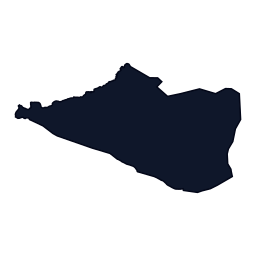 outline of Rashaant, Hövsgöl, Mongolia
{"feature_id": "93677404B8615424997314", "entity_name": "Rashaant", "entity_type": "district", "adm_level": 2, "iso_a3": "MNG", "parent_name": "Mongolia", "parent_adm1": "Hövsgöl", "projection": "robinson", "projection_center": [100.984, 49.181], "detail": "fine", "context": "isolated", "style": "filled", "palette": "ink", "viewbox_px": 256, "rotation_deg": 0, "n_neighbors": 0, "source": "geoboundaries", "source_scale": "gbopen_adm2", "svg_char_len": 5158}
<svg xmlns="http://www.w3.org/2000/svg" viewBox="0 0 256 256"><path d="M240.6,119.5L239.3,93.7L231.4,88.8L225.5,88.6L215.6,93.7L199.5,88.9L180.5,93.7L167.6,96.4L156.8,86.9L161.8,81.7L157.7,77.9L149.6,77.8L149.5,77.7L130.4,66.6L129.0,64.3L128.4,64.0L128.2,64.0L128.1,63.8L127.8,63.7L127.3,63.7L127.0,63.6L126.5,63.7L126.2,63.9L126.0,64.1L125.4,64.5L124.9,65.0L124.7,65.3L124.5,66.2L124.5,66.3L124.5,66.6L124.5,67.0L124.4,67.2L124.4,67.3L124.0,67.6L123.6,67.6L123.8,67.4L124.1,67.3L124.2,67.2L124.3,67.0L124.3,66.8L124.2,66.8L123.8,67.1L123.7,67.1L123.0,67.0L122.8,66.8L122.5,66.6L122.2,66.6L121.9,66.6L121.6,66.8L121.0,67.7L120.3,68.6L120.2,68.9L120.3,69.0L120.5,69.2L120.8,69.4L121.0,69.7L121.1,69.8L121.0,70.1L120.8,70.2L120.7,70.3L120.3,70.9L120.0,71.0L119.0,71.4L118.7,71.7L118.5,71.9L118.0,72.2L118.0,72.4L118.0,72.6L117.9,72.8L117.7,72.9L117.8,73.1L117.7,73.4L117.5,73.6L117.1,73.8L116.9,73.9L116.6,74.3L116.4,74.3L116.2,74.5L116.3,74.9L116.8,75.0L117.1,75.1L117.2,75.4L117.2,75.8L116.9,76.0L116.4,76.2L116.3,76.4L116.2,76.7L116.1,76.8L116.4,76.9L116.5,77.1L116.6,77.4L116.7,77.7L116.6,77.9L116.2,78.2L115.8,78.3L115.6,78.5L115.4,78.8L115.4,79.2L115.4,79.4L115.3,79.7L114.9,80.0L114.5,80.2L114.2,80.3L113.9,80.4L113.5,80.3L113.4,80.3L113.3,80.6L113.1,80.8L112.8,81.0L112.2,80.9L112.0,81.0L111.1,81.4L110.2,81.7L109.4,81.7L109.2,81.7L109.0,81.9L108.6,82.3L108.3,82.8L107.9,83.2L107.7,83.5L106.4,83.9L106.3,84.0L106.2,84.4L106.0,84.6L105.9,84.9L105.0,85.3L104.6,85.5L104.0,85.5L103.5,85.6L103.3,85.8L103.1,86.2L102.8,86.5L102.5,87.1L102.1,87.2L101.8,87.2L101.6,87.1L101.3,87.2L100.4,86.8L99.8,86.8L99.6,86.9L99.2,87.1L98.9,87.5L98.5,87.6L98.2,87.8L97.8,88.0L97.4,88.3L97.1,88.4L96.3,88.5L95.8,88.7L95.0,88.9L94.5,89.2L94.2,89.3L94.1,89.5L94.1,89.9L94.1,90.3L94.0,90.7L94.0,91.0L94.1,91.5L93.8,91.8L92.6,91.8L92.1,92.0L91.7,92.4L91.4,92.5L90.9,92.6L90.7,92.6L90.7,92.4L90.9,92.4L91.1,92.3L91.5,92.2L91.8,92.0L91.8,91.8L91.7,91.7L90.9,92.0L90.6,91.9L90.3,91.8L89.9,91.9L89.5,92.0L89.1,92.0L88.9,91.8L88.7,91.8L87.1,91.9L86.5,91.9L86.3,92.0L86.1,92.2L85.9,92.6L85.8,92.9L85.7,93.4L85.6,93.7L85.6,94.3L85.5,94.5L85.0,94.7L84.5,94.9L84.1,95.2L83.6,95.6L83.3,96.0L83.0,96.5L82.7,96.9L82.4,97.0L81.8,97.1L81.4,97.0L81.2,96.9L80.9,96.9L80.7,96.9L80.2,97.2L79.7,97.4L79.3,97.5L78.6,97.4L77.8,97.3L77.2,97.3L76.7,97.3L75.1,97.3L74.5,97.2L74.0,97.0L73.8,97.0L73.7,97.1L73.6,97.5L73.4,97.7L73.1,97.8L72.8,98.0L72.6,98.1L72.0,98.1L71.8,98.0L71.4,98.0L70.2,98.2L69.7,98.4L69.3,98.7L69.0,98.8L68.5,98.8L68.2,98.7L67.9,98.8L67.6,99.1L67.2,99.4L67.0,99.5L66.6,99.5L66.3,99.7L65.9,99.8L65.3,99.8L64.9,100.0L64.2,100.4L63.0,100.6L62.8,100.7L62.6,100.8L62.3,101.1L61.9,101.3L61.3,101.5L60.2,101.8L59.6,101.8L58.9,101.6L58.4,101.3L57.0,101.1L56.6,101.0L56.0,101.0L54.6,101.5L54.4,101.6L53.8,102.0L52.9,102.8L52.7,103.0L52.5,103.3L52.4,103.6L52.4,103.9L52.5,104.3L52.5,104.6L52.3,105.0L52.1,105.2L51.8,105.5L51.1,105.8L50.8,105.9L50.4,106.0L50.1,106.1L49.4,106.2L49.1,106.4L48.8,106.6L48.3,107.0L47.5,107.4L47.3,107.4L46.9,107.5L46.3,107.5L46.1,107.5L45.9,107.6L45.6,107.6L45.5,107.4L45.4,107.4L45.1,107.4L44.6,107.5L44.2,107.6L43.7,107.9L43.4,108.0L43.0,108.0L42.7,108.0L42.3,107.9L42.0,107.7L41.4,107.3L41.1,106.9L40.8,106.4L40.8,106.1L40.7,105.2L40.4,104.7L40.2,104.0L40.0,103.7L39.8,103.4L39.4,103.1L39.1,102.8L38.5,102.5L38.1,102.4L37.9,102.4L37.3,102.4L34.9,102.3L34.6,102.3L34.4,102.3L34.2,102.4L33.9,102.5L33.5,102.4L32.6,102.4L32.2,102.4L31.9,102.3L31.5,102.3L31.1,102.3L30.9,102.4L30.7,102.5L30.6,102.8L30.7,103.5L30.7,104.6L30.8,104.7L30.9,105.0L30.9,105.5L30.8,106.0L31.0,107.0L31.0,107.3L30.9,107.5L30.7,107.8L30.4,107.9L30.0,108.1L29.9,108.3L29.5,108.7L29.1,109.1L28.9,109.3L28.6,109.4L28.1,109.5L27.6,109.4L26.8,109.2L25.8,108.7L25.3,108.4L24.8,108.3L24.4,108.3L24.2,108.2L23.8,107.8L23.7,107.8L23.4,107.6L23.1,107.6L22.9,107.6L22.6,107.4L22.4,107.2L22.1,106.6L21.9,106.3L21.6,106.0L21.3,105.8L20.9,105.6L20.2,105.5L19.8,105.4L19.5,105.0L18.8,105.5L18.7,105.5L18.4,105.8L18.4,106.0L18.5,106.3L18.6,106.6L18.7,106.8L18.8,107.0L19.0,107.2L19.0,107.7L19.0,108.0L18.9,108.3L18.9,108.6L18.7,108.9L18.6,109.1L18.0,109.8L17.8,110.2L17.0,111.0L16.6,111.6L16.4,111.8L16.2,112.0L15.9,112.7L15.6,113.5L15.5,113.8L15.4,114.4L15.4,114.7L15.4,114.9L15.6,115.2L15.7,115.4L15.7,115.6L15.6,115.9L15.6,116.5L15.5,116.9L17.9,118.3L19.5,118.2L21.0,117.6L22.0,117.3L23.1,117.3L23.7,117.8L24.1,118.3L25.3,118.5L26.3,117.8L28.8,118.0L29.5,119.5L42.9,125.8L53.0,133.5L57.3,135.9L92.3,148.1L110.0,153.4L117.4,159.2L118.2,159.4L119.5,160.1L120.9,160.9L121.8,161.6L122.2,161.9L122.7,162.0L123.1,162.3L124.2,162.7L124.6,162.9L124.8,163.1L126.7,164.1L129.6,164.9L133.5,166.3L135.1,167.6L136.1,169.0L137.0,170.2L137.2,171.3L137.5,171.7L154.2,176.5L156.2,177.4L157.3,177.9L158.4,178.6L159.5,179.1L161.2,180.2L162.5,180.6L163.4,181.0L164.8,182.3L166.1,183.5L166.8,184.4L168.2,185.4L169.5,186.0L172.3,187.6L174.4,188.6L175.5,189.0L178.2,189.1L180.6,189.1L183.0,188.7L183.4,190.4L197.5,192.4L202.1,190.8L210.3,188.7L217.3,185.2L232.3,176.5L231.2,171.3L230.9,169.2L227.7,163.8L227.2,153.9L228.4,148.9L232.8,141.5L235.4,128.8L240.6,119.5Z" fill="#0f172a" stroke="#020617" stroke-width="1.5"/></svg>